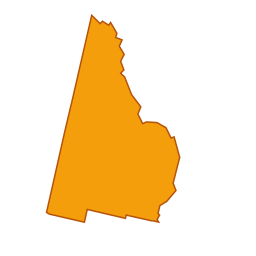 Scott, Minnesota, United States of America, rotated 103°
{"feature_id": "52423323B60044355974523", "entity_name": "Scott", "entity_type": "district", "adm_level": 2, "iso_a3": "USA", "parent_name": "United States of America", "parent_adm1": "Minnesota", "projection": "albers", "projection_center": [-93.571, 44.678], "detail": "fine", "context": "isolated", "style": "filled", "palette": "amber", "viewbox_px": 256, "rotation_deg": 103, "n_neighbors": 0, "source": "geoboundaries", "source_scale": "gbopen_adm2", "svg_char_len": 740}
<svg xmlns="http://www.w3.org/2000/svg" viewBox="0 0 256 256"><g transform="rotate(103 128 128)"><path d="M150.6,188.8L204.1,188.5L228.6,188.4L229.6,185.2L229.6,149.3L216.5,149.4L216.6,126.5L216.6,110.2L213.3,110.2L213.2,97.2L213.1,84.1L212.8,82.7L212.8,77.0L210.5,79.1L205.7,77.6L204.6,79.5L196.4,79.5L190.7,73.7L178.1,67.2L171.7,71.6L151.7,71.2L145.1,71.0L126.3,81.1L128.1,83.8L119.2,91.0L116.2,101.0L117.7,109.9L118.0,111.5L120.5,114.7L112.2,121.5L104.5,120.3L94.7,132.0L79.0,142.8L76.3,147.5L72.3,145.1L64.6,150.2L57.1,148.3L50.3,154.9L43.5,153.6L42.6,160.4L38.3,160.1L29.1,168.7L32.2,169.9L29.7,176.9L32.6,178.6L26.4,188.7L111.1,188.6L126.9,188.7L141.6,188.8L150.6,188.8Z" fill="#f59e0b" stroke="#b45309" stroke-width="1.5"/></g></svg>